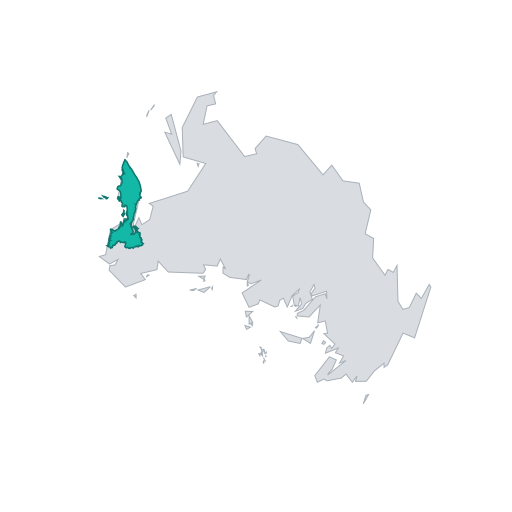 Kamchatka highlighted on a map of Russia, rotated 150°
{"feature_id": "RUS-3468", "entity_name": "Kamchatka", "entity_type": "Region", "adm_level": 1, "iso_a3": "RUS", "parent_name": "Russia", "parent_adm1": "", "projection": "orthographic", "projection_center": [164.844, 57.899], "detail": "fine", "context": "in_parent", "style": "filled", "palette": "teal", "viewbox_px": 512, "rotation_deg": 150, "n_neighbors": 0, "source": "natural_earth", "source_scale": "10m", "svg_char_len": 9801}
<svg xmlns="http://www.w3.org/2000/svg" viewBox="0 0 512 512"><g transform="rotate(150 256 256)"><path d="M227.3,423.0L208.0,417.9L212.5,416.2L214.9,407.9L223.3,410.5L235.9,396.5L221.9,392.6L216.1,347.8L204.3,344.2L203.1,349.5L187.3,354.8L164.0,331.5L157.4,292.8L144.9,296.8L143.1,277.6L130.2,267.4L136.0,248.9L133.5,238.6L150.3,220.7L145.4,212.3L156.0,195.9L153.9,174.9L148.4,178.4L145.2,173.2L138.6,177.3L155.7,145.8L155.5,136.4L149.0,134.7L135.8,143.7L134.0,136.6L120.2,144.8L120.1,141.7L159.6,105.8L167.2,115.7L196.3,95.9L200.8,95.5L198.7,99.1L210.8,97.3L223.1,92.4L232.5,97.6L228.5,101.6L235.7,98.4L237.1,108.8L243.2,107.6L257.1,112.5L258.6,115.4L266.0,116.0L264.9,123.0L242.8,132.0L238.4,125.8L246.8,119.8L251.5,118.4L253.5,117.1L230.4,120.5L237.2,121.5L230.1,125.7L235.6,132.5L230.8,135.2L244.5,137.1L240.7,141.0L236.7,141.7L236.6,138.1L231.7,140.3L236.0,154.8L232.6,153.4L228.5,165.1L236.0,167.3L224.8,181.4L240.7,176.7L250.3,183.5L248.9,185.6L241.8,185.1L224.8,190.9L214.9,188.7L216.0,183.5L212.5,190.2L226.9,193.3L227.6,195.6L220.9,198.6L220.1,202.3L227.3,197.9L228.8,190.4L236.7,190.0L241.7,187.1L249.5,188.5L240.6,191.6L238.9,196.3L239.1,197.4L244.3,191.4L247.3,194.6L244.3,202.9L237.7,203.3L235.1,205.7L244.3,203.7L254.4,196.2L253.4,205.8L257.7,205.7L261.8,201.7L265.2,202.4L274.7,216.1L277.9,213.4L287.7,215.0L286.5,230.9L263.3,232.6L274.2,234.4L276.5,238.0L271.7,242.4L271.1,243.3L271.4,243.8L276.1,240.4L289.3,250.5L293.2,257.7L290.0,262.9L288.8,259.8L288.4,271.2L294.7,266.7L305.8,274.6L306.4,269.5L310.5,267.5L340.0,286.0L343.3,300.5L348.6,293.7L364.5,298.5L363.7,290.9L384.6,294.4L390.3,317.2L387.3,320.7L382.6,318.7L377.1,322.0L386.9,322.3L391.9,333.9L385.6,332.3L368.8,351.6L348.8,351.9L342.9,363.6L347.0,374.9L321.3,404.9L322.7,370.2L353.6,337.0L338.2,347.8L339.2,340.2L329.8,340.7L320.1,350.6L322.2,354.9L282.8,346.3L253.3,361.2L269.5,378.2L255.7,404.1L227.3,423.0ZM272.7,178.4L257.4,161.7L261.5,158.2L270.5,166.2L272.7,178.4ZM276.1,373.5L273.1,408.8L268.1,403.7L265.2,420.5L258.6,421.0L268.5,384.3L276.1,373.5ZM252.5,153.1L256.9,161.4L250.7,159.0L242.7,162.0L252.5,153.1ZM310.9,252.2L319.1,250.4L323.2,255.5L310.9,252.2ZM296.0,200.5L291.9,207.6L292.0,200.2L296.0,200.5ZM300.8,197.2L300.4,201.4L296.4,197.1L300.8,197.2ZM294.8,208.0L292.9,213.5L286.6,209.6L294.8,208.0ZM323.7,257.6L327.4,257.3L330.5,259.6L323.7,257.6ZM237.0,74.3L230.4,80.4L227.8,79.7L237.0,74.3ZM300.6,161.8L300.4,164.1L300.5,159.6L300.6,161.8ZM313.2,262.4L315.7,267.1L310.0,264.0L313.2,262.4ZM239.9,148.9L238.9,146.3L241.0,145.5L242.8,147.1L239.9,148.9ZM300.3,166.1L300.5,168.1L299.0,168.9L300.3,166.1ZM298.1,172.4L296.0,171.3L297.3,169.9L298.7,170.5L298.1,172.4ZM297.2,174.3L298.0,172.7L298.1,175.1L297.2,174.3ZM240.4,164.2L235.9,165.2L239.6,163.2L240.4,164.2ZM294.5,200.0L292.7,199.0L294.1,197.5L294.5,200.0ZM302.6,167.7L302.4,170.1L301.0,169.0L302.6,167.7ZM381.6,282.9L379.0,282.8L380.8,279.7L381.6,282.9ZM302.9,160.6L301.4,161.7L303.0,158.9L302.9,160.6ZM251.8,183.5L251.5,181.0L252.1,183.5L251.8,183.5ZM278.5,234.4L277.1,237.0L277.0,234.6L278.5,234.4ZM361.6,292.6L359.5,293.9L358.2,292.9L361.6,292.6ZM296.1,169.0L297.4,168.0L296.0,169.7L296.1,169.0ZM300.8,169.5L298.9,169.9L300.4,168.7L300.8,169.5ZM281.1,431.1L279.5,433.2L275.7,435.6L281.1,431.1ZM297.0,167.1L295.1,167.6L295.7,166.6L297.0,167.1ZM247.8,194.4L246.5,192.7L246.7,192.2L247.8,194.4ZM351.4,358.9L348.7,358.0L351.2,356.8L351.4,358.9ZM313.9,260.2L312.3,261.7L312.5,260.1L313.9,260.2ZM261.3,362.5L260.6,365.7L259.3,364.3L261.3,362.5ZM318.7,405.7L315.5,409.7L314.9,408.3L318.7,405.7ZM297.3,165.2L297.3,164.1L297.9,163.9L297.3,165.2ZM251.4,194.8L249.4,194.8L250.0,194.3L251.4,194.8ZM310.7,250.3L309.1,251.0L310.7,248.8L310.7,250.3ZM269.0,437.0L274.4,435.0L268.8,437.7L269.0,437.0Z" fill="#d9dde1" stroke="#a8b0b8" stroke-width="1"/><path d="M379.5,339.2L379.1,339.0L378.6,339.4L378.4,339.2L378.3,339.5L378.5,339.5L377.8,340.4L377.7,340.2L376.9,339.9L376.8,340.6L376.9,341.1L376.5,341.2L376.4,341.7L376.0,342.2L375.3,341.8L374.8,342.1L375.5,342.5L375.5,343.0L374.8,342.7L375.1,343.1L374.8,343.6L374.0,343.5L373.9,343.6L374.2,343.9L373.7,344.0L374.4,344.5L373.8,344.8L373.0,344.3L373.7,345.0L373.3,345.8L373.2,345.8L373.1,345.3L373.0,345.2L373.0,345.9L371.8,346.2L372.1,346.6L371.5,347.0L371.7,346.7L371.4,346.4L371.4,347.3L370.9,347.8L369.7,348.1L369.9,348.3L369.6,348.8L369.0,348.7L369.5,349.3L369.1,349.7L368.9,351.6L368.5,351.9L367.5,351.2L367.1,350.5L367.5,350.1L366.8,349.9L366.6,349.1L365.2,348.3L365.6,348.2L365.1,347.9L364.8,348.2L364.9,348.3L362.3,348.2L361.0,348.8L360.8,348.6L360.8,348.9L360.3,349.2L360.0,349.1L359.8,349.4L359.5,349.1L359.7,349.5L359.4,349.5L359.5,349.6L359.1,349.8L358.6,349.4L358.7,350.0L358.3,350.2L358.4,350.4L356.4,353.1L355.9,353.1L355.9,352.6L356.1,351.3L356.4,350.9L356.2,349.7L356.5,349.7L356.6,349.0L355.6,349.4L355.3,349.8L355.5,349.8L355.7,349.5L355.8,349.4L356.2,349.3L354.6,350.6L353.9,350.8L353.9,350.5L353.9,350.9L353.3,351.5L353.0,351.3L353.1,351.1L352.8,351.4L352.6,351.3L352.6,351.7L353.0,351.6L353.2,352.2L352.1,353.4L351.7,352.2L351.0,351.4L350.5,351.6L350.6,351.9L350.6,352.2L349.9,352.5L350.1,353.0L349.7,352.7L350.2,352.1L348.4,351.8L348.6,352.2L348.9,352.1L348.6,352.7L348.1,352.6L347.6,353.1L347.6,354.3L347.0,354.7L346.9,355.0L347.4,355.6L347.3,356.4L347.1,356.7L347.3,356.3L346.8,356.3L346.6,356.7L347.2,357.6L346.9,357.9L346.9,357.5L346.6,357.2L346.0,357.3L346.6,358.0L346.5,358.3L345.9,358.6L346.0,358.2L345.7,358.8L345.3,358.8L345.6,358.8L345.6,359.1L344.4,360.1L343.6,361.6L343.0,363.5L343.0,364.5L343.2,364.8L344.4,365.4L344.0,366.0L344.6,365.6L344.5,364.8L344.6,364.5L345.2,364.3L346.2,365.1L346.8,365.3L347.2,365.9L346.9,366.2L346.9,366.6L346.3,367.4L345.4,368.1L345.3,369.3L345.6,369.9L345.3,370.7L345.2,371.6L345.8,372.0L346.8,371.8L346.9,372.1L346.7,372.5L346.9,372.9L346.8,373.5L347.1,374.3L347.1,375.2L346.3,375.6L346.0,376.2L345.2,375.9L344.7,374.9L344.4,374.8L346.3,373.2L346.0,373.0L345.6,373.7L344.9,373.3L343.9,373.9L344.5,374.6L342.7,375.7L342.7,376.0L341.5,378.8L341.4,379.9L341.6,381.1L342.7,383.0L342.5,383.3L342.6,383.7L341.1,385.1L339.7,385.2L339.1,384.5L337.7,384.8L335.1,386.8L334.5,387.9L334.2,389.0L334.3,389.6L334.1,389.8L334.4,390.3L334.3,389.8L334.5,389.9L334.5,390.8L333.9,390.7L334.5,391.8L334.2,392.2L334.4,392.5L334.6,392.3L334.7,393.3L333.7,392.6L333.9,392.1L331.5,392.8L329.7,394.1L329.4,393.1L328.8,393.2L328.7,393.9L329.1,394.0L329.0,393.7L329.5,394.1L328.9,394.7L329.2,395.2L329.1,395.5L328.5,395.4L328.5,395.8L328.9,396.0L328.8,396.5L328.4,396.9L328.9,396.9L328.9,397.1L328.7,397.3L328.9,397.5L328.2,398.0L328.3,398.3L327.9,398.6L327.7,399.5L326.5,400.6L326.1,401.4L324.6,402.1L324.3,402.8L324.0,402.9L320.9,405.3L321.4,404.8L321.4,404.2L321.2,404.1L321.4,403.5L320.7,402.7L321.0,397.3L320.6,395.3L320.9,395.9L321.2,395.5L320.6,394.9L320.3,392.8L320.4,387.6L320.1,383.7L320.2,378.5L321.2,374.0L321.5,373.6L322.5,370.6L323.3,369.4L323.5,369.4L323.1,369.8L323.0,370.1L323.6,369.3L324.5,368.9L324.9,368.0L325.3,368.4L326.6,366.2L326.5,364.8L326.0,364.3L326.8,363.6L327.6,364.2L328.3,364.1L329.0,362.8L330.0,363.2L330.9,363.0L331.2,363.5L330.9,363.0L334.1,360.4L334.4,360.7L334.3,360.2L335.3,359.3L336.1,358.3L336.2,357.5L336.4,357.0L338.2,355.5L338.8,354.4L339.8,354.1L341.3,352.6L341.9,351.7L343.2,350.7L343.4,350.3L343.2,350.1L343.4,349.4L344.2,348.7L345.9,348.1L346.4,347.4L347.6,347.2L347.6,347.7L347.9,347.0L348.9,346.7L348.8,346.4L348.1,346.0L348.5,345.7L348.6,345.2L349.4,344.6L349.7,343.9L349.5,343.4L348.9,343.3L349.3,342.1L349.8,341.9L350.1,338.4L350.9,337.9L351.2,337.3L353.2,337.7L353.4,338.1L353.3,337.8L352.9,337.3L354.3,337.2L352.8,337.1L351.0,335.8L349.9,336.0L349.5,336.5L348.3,336.7L348.1,336.5L347.4,337.3L347.9,338.0L347.1,338.6L347.3,339.3L347.2,339.5L347.4,339.6L346.9,340.4L347.0,340.6L346.7,341.1L347.8,341.7L347.7,342.0L347.1,342.3L347.0,342.5L346.8,342.9L346.4,342.3L346.6,342.0L346.3,341.7L345.7,342.0L346.1,342.4L345.4,342.0L345.3,341.4L345.2,341.3L345.3,340.9L344.9,340.3L345.4,340.1L345.5,339.3L344.5,338.7L346.1,338.2L346.3,336.9L346.1,336.4L346.5,335.6L346.1,335.6L345.7,334.8L345.0,334.3L345.1,333.4L345.3,333.1L345.9,333.1L345.9,332.8L346.4,332.8L346.5,332.4L346.2,331.6L347.0,330.9L347.1,330.1L346.8,329.9L346.4,329.1L346.7,328.6L346.9,328.6L346.8,328.4L347.0,328.2L346.9,327.8L346.7,327.7L346.7,327.0L347.1,326.7L347.6,326.8L347.9,326.0L348.5,325.6L347.7,324.6L347.7,324.1L348.0,323.6L347.6,323.1L348.2,323.0L348.7,322.3L349.6,322.7L350.4,322.3L352.0,323.3L352.1,323.8L352.3,323.8L352.6,323.7L352.6,322.9L353.2,322.8L353.4,323.4L354.3,323.4L354.8,324.2L354.6,324.4L354.8,324.6L355.6,324.2L357.2,324.7L358.3,324.1L358.7,324.8L359.0,324.9L359.6,325.7L360.4,326.0L360.9,325.6L361.7,325.8L362.0,326.4L362.5,326.5L362.7,327.5L363.4,327.9L364.1,327.9L364.2,328.3L364.6,328.6L364.9,329.6L364.6,329.7L364.6,330.1L363.9,330.5L362.8,331.9L362.8,332.2L362.6,332.2L362.7,332.5L362.4,332.5L362.0,333.2L363.3,334.0L363.9,333.8L366.0,335.5L366.6,335.5L366.4,336.2L366.8,336.5L366.6,336.8L367.3,337.7L367.8,337.5L369.0,337.8L369.6,337.5L369.5,337.2L370.0,336.9L370.1,337.2L370.4,337.0L370.7,337.2L372.2,336.1L372.9,336.4L373.4,336.1L374.5,336.7L374.6,336.3L375.4,336.2L376.2,335.2L376.7,335.2L377.0,335.3L377.3,335.7L377.9,335.5L378.0,336.2L377.8,336.6L378.2,337.1L378.3,337.7L378.9,337.6L379.3,338.2L379.4,338.6L379.6,338.8L379.4,339.0L379.5,339.2ZM351.7,358.0L351.4,359.0L350.7,359.0L350.2,359.4L350.0,359.2L348.9,360.0L348.1,360.8L347.8,361.5L347.6,360.9L348.2,360.5L348.7,359.3L348.8,358.8L349.2,358.2L348.5,358.2L350.3,357.5L351.2,356.7L351.7,358.0ZM358.4,383.2L358.5,384.2L357.9,383.4L357.4,383.3L356.4,382.0L356.1,381.0L355.2,380.6L355.9,380.2L356.9,380.3L357.1,380.5L356.9,380.8L357.0,381.4L358.4,383.2ZM362.2,383.6L363.6,385.1L361.4,383.5L361.1,383.0L362.2,383.6Z" fill="#14b8a6" stroke="#0f766e" stroke-width="1.5"/></g></svg>